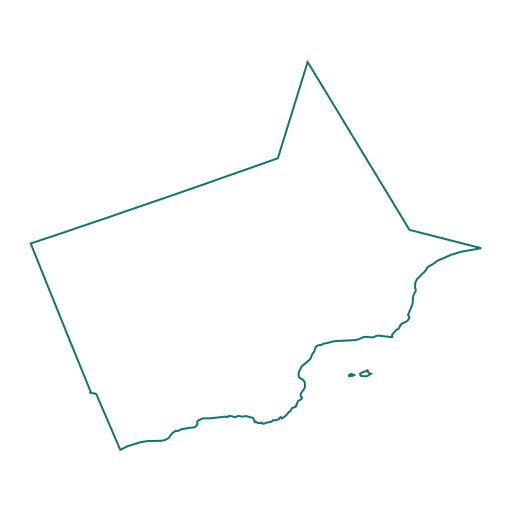 the border of Dhofar
{"feature_id": "OMN-2411", "entity_name": "Dhofar", "entity_type": "Province", "adm_level": 1, "iso_a3": "OMN", "parent_name": "Oman", "parent_adm1": "", "projection": "albers", "projection_center": [54.841, 18.87], "detail": "fine", "context": "isolated", "style": "outline", "palette": "teal", "viewbox_px": 512, "rotation_deg": 0, "n_neighbors": 0, "source": "natural_earth", "source_scale": "10m", "svg_char_len": 3199}
<svg xmlns="http://www.w3.org/2000/svg" viewBox="0 0 512 512"><path d="M31.3,244.9L30.7,243.5L39.9,240.4L54.1,235.7L68.3,230.9L82.4,226.1L96.6,221.3L110.7,216.5L124.8,211.6L138.9,206.8L153.0,201.9L167.1,197.1L181.2,192.2L195.3,187.3L209.4,182.4L223.4,177.4L237.5,172.5L251.5,167.6L265.5,162.6L277.9,158.2L280.5,149.8L281.0,148.1L282.5,143.2L284.9,135.6L287.9,125.8L291.5,114.2L295.5,101.2L299.8,87.4L304.2,73.1L307.6,62.1L308.7,63.7L409.5,229.9L481.3,248.2L461.7,251.6L451.6,254.6L437.7,260.6L432.4,264.5L428.9,266.3L427.0,267.8L426.2,269.7L425.6,270.6L416.8,279.5L415.3,282.7L415.0,286.8L415.6,289.7L415.7,290.7L415.4,291.8L414.2,293.5L413.8,294.9L413.1,296.7L412.9,297.6L412.9,301.2L412.2,304.9L408.0,315.0L409.3,316.7L409.1,318.5L407.9,320.2L406.3,321.6L402.7,323.2L401.0,324.3L398.5,328.8L397.9,329.3L396.8,329.6L396.2,330.0L392.4,334.3L392.1,335.0L392.3,336.9L391.3,337.1L378.3,335.6L376.7,335.8L374.2,337.0L372.4,337.4L365.3,336.8L363.6,337.1L358.3,339.3L355.2,340.1L334.0,341.2L325.7,343.4L323.8,343.6L323.1,343.8L322.7,344.1L322.3,344.6L321.8,344.9L320.3,344.9L320.2,344.9L317.5,345.6L316.7,346.0L315.6,347.4L314.4,350.9L313.7,352.3L312.4,353.8L312.1,354.5L310.8,358.0L310.5,358.6L309.4,359.9L301.7,366.4L299.4,370.7L298.8,372.4L298.6,374.5L298.9,376.8L299.8,378.0L302.6,379.5L304.2,381.2L304.9,383.0L304.9,387.0L304.3,388.7L300.9,393.3L300.8,394.1L300.6,395.3L300.7,396.4L301.2,396.9L301.9,397.2L301.9,397.8L301.5,399.0L301.1,399.4L298.9,400.5L298.1,401.0L297.6,401.8L297.3,402.5L296.9,404.0L296.1,405.4L296.4,405.8L295.6,406.8L293.1,407.6L291.8,408.3L291.4,409.0L290.9,410.2L290.3,411.3L289.2,411.8L285.8,415.7L282.1,418.4L281.6,418.4L280.8,417.1L279.8,417.7L278.8,419.0L277.8,419.6L276.5,419.9L275.3,420.3L274.1,420.5L272.9,420.2L271.6,421.6L270.1,422.1L266.7,422.6L263.9,423.7L262.5,423.7L261.6,422.6L260.6,423.1L259.1,422.9L258.1,423.2L255.3,421.4L254.7,422.0L254.0,420.3L253.6,418.8L252.7,417.7L249.3,417.1L246.9,416.2L245.8,416.1L244.9,416.2L243.2,416.6L242.1,416.6L239.2,416.1L238.1,416.0L237.2,416.3L235.5,417.1L235.0,417.2L231.0,416.1L229.0,415.9L227.3,417.2L226.5,416.8L225.7,416.6L210.2,418.3L203.6,418.3L202.1,418.7L198.4,420.5L197.5,421.2L197.2,422.0L197.2,422.7L197.4,423.3L197.5,424.0L197.2,424.7L196.1,425.8L195.8,426.3L194.9,427.2L192.7,427.6L188.9,427.8L183.9,428.9L182.3,429.0L180.8,429.5L179.1,430.5L177.3,431.1L175.8,430.7L174.3,431.7L172.1,433.4L170.3,435.4L169.5,437.0L168.8,437.9L167.2,438.9L164.3,440.2L161.5,440.8L148.2,441.0L141.1,442.0L127.4,446.3L120.3,449.9L115.2,438.0L110.1,426.2L105.0,414.3L99.9,402.5L96.8,395.1L95.9,393.9L94.5,393.4L91.4,393.2L90.2,392.4L90.3,392.3L90.7,392.3L90.9,392.2L88.3,386.0L84.9,377.5L81.4,369.0L78.0,360.6L74.5,352.1L71.1,343.7L67.6,335.2L64.2,326.7L60.8,318.3L57.4,309.8L54.0,301.3L50.5,292.8L47.1,284.4L43.7,275.9L40.3,267.4L36.9,258.9L33.5,250.5L31.3,244.9ZM367.5,370.3L367.8,371.5L368.6,372.7L369.7,373.4L370.9,373.8L368.3,375.5L366.9,376.1L365.6,376.3L361.9,376.1L360.7,375.7L360.0,373.8L362.2,372.4L365.3,371.3L367.5,370.3ZM349.4,376.4L349.0,375.6L349.0,375.4L349.4,374.7L350.4,374.3L351.6,373.9L353.2,375.0L353.9,375.2L352.6,375.9L350.1,375.9L349.4,376.4L349.4,376.4Z" fill="none" stroke="#0f766e" stroke-width="2"/></svg>